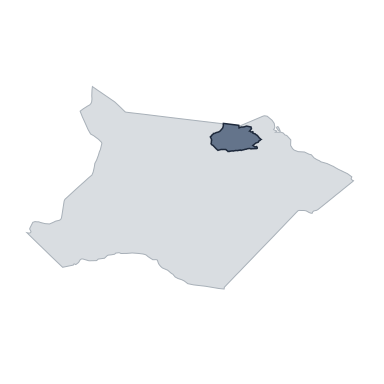 Fafi, North-Eastern, Kenya (highlighted), rotated 277°
{"feature_id": "3690345B31550600225726", "entity_name": "Fafi", "entity_type": "district", "adm_level": 2, "iso_a3": "KEN", "parent_name": "Kenya", "parent_adm1": "North-Eastern", "projection": "equal_earth", "projection_center": [40.194, -0.782], "detail": "fine", "context": "in_parent", "style": "filled", "palette": "slate", "viewbox_px": 384, "rotation_deg": 277, "n_neighbors": 0, "source": "geoboundaries", "source_scale": "gbopen_adm2", "svg_char_len": 6864}
<svg xmlns="http://www.w3.org/2000/svg" viewBox="0 0 384 384"><g transform="rotate(277 192 192)"><path d="M99.6,235.7L99.5,230.4L100.1,216.9L100.0,205.0L100.5,199.0L102.7,195.3L103.7,192.5L104.4,188.7L105.6,185.6L108.1,183.0L108.6,181.6L111.4,177.4L113.0,171.9L114.2,170.1L115.8,168.4L116.9,167.5L118.7,166.6L120.1,166.0L120.3,165.6L120.5,164.7L120.0,161.3L120.6,160.2L121.6,158.0L122.7,155.9L123.7,154.5L124.2,153.2L124.5,150.8L124.5,149.1L124.5,146.3L124.2,140.1L123.1,134.8L122.3,129.0L122.9,127.1L122.0,123.6L121.5,123.4L120.8,122.7L119.8,119.5L119.1,116.5L118.7,115.8L115.6,113.2L114.0,107.1L112.3,105.7L111.4,99.7L111.2,97.9L112.2,91.9L112.1,90.5L111.1,89.3L108.2,88.0L105.8,85.5L106.1,84.6L106.3,83.7L105.0,83.1L101.5,72.8L106.1,66.6L110.8,60.3L116.9,52.3L122.4,45.0L127.2,38.7L131.5,33.1L131.4,34.2L131.4,35.6L131.9,36.5L132.8,37.1L134.0,36.5L135.1,35.6L136.1,35.4L142.5,37.7L143.5,39.8L143.5,42.0L143.7,43.6L143.3,45.2L142.7,50.0L142.9,54.4L144.8,57.7L146.5,60.3L147.8,63.9L148.8,65.0L150.2,65.6L154.6,65.8L161.1,66.0L167.4,66.2L167.9,66.3L169.3,66.8L175.0,71.7L180.3,76.2L184.8,80.1L189.1,83.9L193.3,87.5L196.6,90.6L199.8,91.5L205.0,92.0L208.6,92.1L212.0,93.4L217.0,94.6L220.7,95.2L222.9,95.9L229.2,96.6L230.2,96.2L232.9,92.8L236.0,87.3L237.2,84.3L241.2,81.3L248.2,77.1L253.1,74.1L258.6,71.1L261.1,73.7L264.5,77.8L266.0,79.9L267.3,80.8L269.1,81.4L271.4,81.4L272.6,81.3L275.2,80.8L281.1,80.3L284.5,80.3L281.6,85.8L278.2,92.4L271.9,104.5L267.2,110.9L263.5,115.7L263.2,116.6L263.2,122.0L263.3,135.1L263.3,161.4L263.4,187.7L263.5,214.1L263.5,227.2L263.5,231.6L266.7,237.2L269.8,242.6L273.9,249.7L276.1,253.5L276.5,254.8L276.4,257.4L273.0,262.7L270.2,265.2L266.5,266.3L265.4,266.1L263.9,265.4L263.4,266.6L262.9,268.6L262.1,268.2L261.5,267.6L261.9,271.2L262.2,272.9L261.7,275.3L259.9,277.4L259.7,279.1L255.8,283.7L250.2,284.2L247.3,286.5L246.0,288.4L245.0,292.5L245.4,298.7L243.8,303.5L243.5,305.9L240.7,309.0L239.4,311.9L238.5,314.8L237.7,316.1L236.7,322.6L235.4,326.6L235.0,327.9L234.7,329.1L233.6,331.4L233.0,333.0L232.5,334.1L229.1,344.2L226.5,348.8L224.4,348.3L223.0,350.0L222.9,350.9L222.1,350.4L220.4,348.7L216.9,345.3L213.3,341.8L209.7,338.4L206.2,334.9L202.6,331.5L199.1,328.1L195.5,324.6L192.0,321.2L189.9,319.1L189.0,317.9L188.2,315.6L187.9,315.0L186.9,314.2L185.8,314.1L185.5,313.6L185.5,312.5L185.9,310.8L187.2,307.6L187.3,305.8L187.1,303.7L186.7,300.3L186.3,299.5L184.0,297.7L179.0,294.0L174.1,290.3L169.1,286.6L164.2,282.9L159.2,279.2L154.3,275.5L149.4,271.8L144.4,268.0L139.5,264.3L134.5,260.6L129.6,256.9L124.7,253.2L119.7,249.5L114.8,245.7L109.8,242.0L104.9,238.3L103.0,236.9L101.4,235.7L99.6,235.7ZM263.9,271.8L263.0,272.1L263.5,270.3L266.0,268.0L267.1,268.5L267.3,269.1L267.2,269.5L266.8,270.0L263.9,271.8Z" fill="#d9dde1" stroke="#a8b0b8" stroke-width="1"/><path d="M236.5,212.7L236.7,213.0L237.2,214.4L237.7,215.5L237.8,215.8L237.8,216.4L238.0,217.8L238.1,218.3L238.2,219.2L238.2,219.7L238.3,220.1L238.3,220.4L238.3,220.5L238.2,220.7L238.1,220.8L237.9,220.9L237.8,221.0L237.7,221.2L237.5,221.5L237.4,221.8L237.0,222.4L236.9,222.5L236.7,222.7L236.6,222.8L236.7,223.0L236.7,223.5L236.7,223.8L236.7,224.0L236.8,224.1L236.9,224.3L237.1,224.6L237.2,224.8L237.2,225.0L237.2,225.3L237.3,225.6L237.4,225.8L237.5,225.9L237.5,226.0L237.6,226.3L237.6,226.7L237.6,226.9L237.6,227.0L237.8,227.2L237.8,227.4L237.8,227.5L237.8,227.8L237.7,228.0L237.7,228.3L237.8,228.5L238.0,228.8L238.1,229.0L238.2,229.3L238.3,229.7L238.3,230.0L238.5,230.2L238.5,230.3L238.6,230.5L238.6,230.9L238.6,231.2L238.6,231.3L238.6,231.6L238.7,231.8L238.7,232.0L238.6,232.3L238.7,232.5L238.8,232.6L238.8,232.8L239.0,233.0L239.1,233.4L239.1,233.6L239.2,233.8L239.2,234.0L239.3,234.2L239.4,234.3L239.4,234.5L239.4,234.9L239.5,235.0L239.4,235.1L239.4,235.3L239.4,235.7L239.3,235.8L239.5,236.1L239.6,236.4L239.7,236.6L239.8,236.9L239.9,237.3L240.1,237.7L240.1,237.8L240.2,238.1L240.3,238.3L240.4,238.6L240.5,238.8L240.6,239.0L240.8,239.4L241.0,240.1L241.0,240.3L241.0,240.5L241.2,240.8L241.3,241.0L241.4,241.3L241.7,241.7L241.8,241.9L241.8,242.0L241.9,242.5L242.0,243.1L242.1,243.3L242.2,243.5L242.2,243.9L242.2,244.0L242.2,244.3L242.1,244.6L242.0,245.0L242.0,245.4L242.0,245.5L242.2,245.9L242.2,246.0L242.3,246.3L242.3,246.6L242.5,247.9L242.7,249.0L242.8,249.7L242.8,249.9L242.9,250.3L242.9,250.5L243.0,250.7L243.0,250.9L243.1,251.0L243.2,251.3L243.3,251.4L243.5,251.4L243.8,251.4L244.1,251.3L244.1,251.2L245.0,250.6L244.4,249.0L244.5,248.8L245.6,246.7L246.4,247.5L248.5,249.5L248.6,249.9L248.9,250.4L249.0,250.7L249.2,251.1L249.4,251.5L249.5,251.7L250.2,252.0L250.8,252.2L251.0,252.3L251.2,252.7L251.3,252.8L251.4,253.1L251.7,253.4L251.8,253.4L252.0,253.5L252.3,253.7L252.5,253.8L252.6,254.1L254.1,251.9L254.3,251.8L254.5,251.6L254.6,251.4L254.8,251.3L254.9,251.2L255.1,251.0L255.3,250.8L255.6,250.5L255.7,250.4L255.9,250.0L256.2,249.8L256.3,249.5L256.4,249.4L256.4,249.2L256.5,249.0L256.6,248.8L256.8,248.5L256.8,248.3L256.9,248.2L257.2,247.8L257.3,247.7L257.5,247.5L257.5,247.4L257.5,247.2L257.5,246.9L257.5,246.5L257.5,246.4L257.6,246.2L257.8,246.0L257.8,245.9L257.8,245.6L257.9,245.4L258.0,245.1L258.3,245.1L258.5,245.1L258.9,245.1L259.0,245.1L259.3,245.0L259.3,244.9L259.2,244.7L259.1,244.4L259.0,244.2L258.9,243.9L258.8,243.7L258.8,243.4L258.8,243.2L259.0,242.9L259.1,242.7L259.3,242.4L259.4,242.1L259.5,241.9L259.5,241.7L262.0,243.3L262.2,243.5L262.3,243.6L262.4,243.8L262.4,243.0L263.7,242.7L264.1,238.1L263.8,237.4L263.5,236.9L263.4,236.6L263.3,236.4L263.2,236.2L263.0,235.9L263.0,235.6L262.9,235.3L262.7,234.9L262.7,234.6L262.6,234.2L262.6,233.9L262.6,233.5L262.6,233.4L262.5,233.2L262.5,232.9L262.4,232.7L262.2,232.4L261.9,231.9L261.8,231.6L261.7,231.5L261.6,231.4L261.5,231.2L261.4,230.9L261.5,230.9L263.9,230.3L263.9,214.8L262.8,214.8L262.7,214.8L262.2,215.0L261.9,215.0L261.6,215.0L261.4,215.0L261.1,215.0L260.5,214.9L259.9,214.8L259.4,214.7L259.2,214.6L258.8,214.4L257.9,213.8L256.7,213.0L256.1,212.6L255.8,212.3L255.1,211.5L254.9,211.1L254.7,210.9L254.5,210.4L254.4,210.0L254.3,209.8L254.2,209.6L254.1,209.3L254.1,209.2L254.0,208.9L253.9,208.7L253.7,208.5L253.6,208.3L253.5,208.2L253.4,208.0L253.2,207.8L253.1,207.6L253.0,207.4L252.9,207.2L252.8,206.9L252.7,206.6L252.7,206.4L252.7,206.2L252.4,206.2L252.1,206.0L252.0,205.9L251.9,205.8L251.7,205.6L251.4,205.3L251.2,205.1L250.9,204.8L250.8,204.7L250.7,204.7L250.3,204.6L250.2,204.6L250.0,204.4L249.9,204.4L249.7,204.3L249.7,204.2L249.5,203.8L249.3,203.6L249.2,203.5L248.9,203.5L248.7,203.6L247.8,204.2L247.6,204.4L247.3,204.6L247.0,204.8L246.8,204.8L246.7,204.9L246.3,205.0L246.1,205.1L245.8,205.1L245.7,205.2L245.4,205.1L245.2,205.0L244.9,205.0L244.5,205.1L244.3,205.1L244.2,205.1L243.7,205.2L242.7,205.0L242.4,205.0L242.2,205.2L241.8,205.4L241.5,205.5L241.4,205.6L241.3,205.9L240.9,206.9L240.9,207.0L239.7,208.5L237.7,210.9L237.6,211.1L236.5,212.7Z" fill="#64748b" stroke="#1e293b" stroke-width="1.5"/></g></svg>